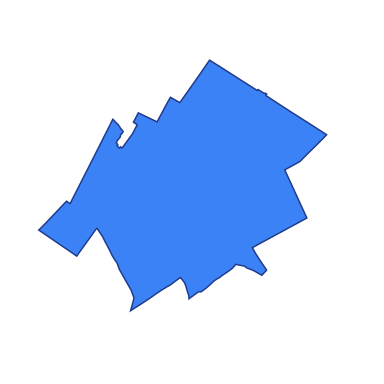 outline of Matca, Galati, Romania, rotated 130°
{"feature_id": "2599482B31737152321862", "entity_name": "Matca", "entity_type": "district", "adm_level": 2, "iso_a3": "ROU", "parent_name": "Romania", "parent_adm1": "Galati", "projection": "equal_earth", "projection_center": [27.578, 45.852], "detail": "fine", "context": "isolated", "style": "filled", "palette": "blue", "viewbox_px": 384, "rotation_deg": 130, "n_neighbors": 0, "source": "geoboundaries", "source_scale": "gbopen_adm2", "svg_char_len": 3091}
<svg xmlns="http://www.w3.org/2000/svg" viewBox="0 0 384 384"><g transform="rotate(130 192 192)"><path d="M322.4,162.7L320.9,162.3L310.2,158.9L305.3,157.5L304.7,157.3L303.1,156.8L300.0,155.9L297.7,155.3L292.4,153.9L286.3,152.1L283.6,151.2L279.7,149.9L278.9,149.4L276.4,148.7L274.8,148.3L272.3,147.7L271.7,147.6L271.0,147.5L268.8,146.9L266.9,146.4L265.0,145.9L265.1,145.7L265.1,145.2L265.2,144.8L265.2,144.5L265.4,143.7L265.5,142.9L265.5,142.7L265.6,142.3L265.7,142.0L265.9,141.3L266.1,140.1L266.5,139.1L267.0,138.2L267.1,137.9L267.3,137.3L267.8,136.7L268.2,135.9L269.0,134.9L269.2,134.6L269.3,134.2L269.7,133.9L270.0,133.3L270.4,132.6L271.0,131.9L271.6,130.9L272.2,129.8L272.5,129.3L272.9,128.7L273.7,127.6L274.3,127.0L274.8,126.5L275.2,125.9L275.6,125.6L274.3,125.4L273.6,125.2L272.8,125.0L271.4,124.6L269.8,124.3L267.2,123.6L266.0,123.4L265.3,123.2L264.4,122.7L263.7,122.3L263.3,122.0L263.1,121.7L263.0,121.4L262.9,121.1L262.7,120.9L261.9,120.6L261.2,120.5L260.3,120.3L257.9,119.7L257.5,119.6L256.3,119.3L255.4,119.2L253.4,118.9L252.7,118.8L252.4,118.7L251.6,118.6L250.0,118.4L245.9,117.9L244.3,117.5L240.9,116.4L240.1,116.0L239.6,115.7L239.1,115.7L238.8,115.8L238.5,115.7L237.5,115.5L235.8,115.0L233.5,114.4L231.3,113.7L229.7,113.3L227.8,112.8L224.9,112.1L223.3,112.0L220.2,111.9L219.4,112.1L218.6,110.6L216.9,107.5L215.5,105.0L215.3,104.6L215.0,103.9L215.0,103.2L215.0,102.5L215.0,101.6L214.8,101.0L214.5,99.9L214.1,98.8L213.8,97.8L213.6,97.3L213.4,97.1L213.4,96.8L213.2,96.2L212.9,95.4L212.8,94.8L212.5,93.8L212.2,92.2L212.0,91.2L211.8,89.8L211.5,88.3L211.2,86.6L211.1,86.2L211.0,85.9L211.0,85.5L211.0,85.0L210.0,85.0L209.1,84.9L206.7,84.8L205.6,84.7L204.1,84.6L203.9,84.6L203.7,85.1L203.5,85.7L203.4,86.2L203.2,86.7L202.0,91.3L200.6,96.1L198.3,103.5L195.8,110.0L178.2,103.1L138.1,87.3L115.4,135.2L99.5,129.0L89.2,128.1L66.9,126.0L61.6,125.7L64.5,148.8L66.8,165.8L68.5,179.6L69.9,191.4L70.6,197.2L70.5,197.6L69.7,197.7L69.0,197.7L69.2,199.4L69.7,199.5L70.0,200.0L70.4,202.5L71.0,207.2L72.3,207.4L73.2,214.2L74.8,226.1L77.3,245.6L79.7,263.3L83.0,263.0L98.8,261.5L102.3,261.2L127.3,259.1L131.4,258.9L133.3,269.4L138.3,268.5L143.3,267.5L160.7,263.8L165.9,284.0L168.5,283.4L176.2,281.7L175.7,277.3L176.1,277.1L185.9,275.0L203.0,273.8L203.4,275.8L204.9,275.6L205.0,276.0L204.9,277.1L204.8,278.4L204.6,279.2L203.6,279.1L202.8,281.7L200.7,282.2L199.7,282.2L196.2,282.3L195.0,282.9L194.0,283.6L192.1,283.2L190.7,283.4L189.8,283.7L189.4,286.2L188.9,288.5L188.6,289.1L188.2,290.8L187.9,291.6L187.5,296.7L187.2,297.9L187.2,299.4L219.9,291.7L279.3,277.9L279.7,282.2L306.6,283.9L308.9,284.0L319.7,284.9L318.8,276.1L317.2,259.9L315.3,240.5L315.2,239.1L312.5,239.3L311.9,239.4L304.5,239.9L303.8,240.0L291.2,240.9L282.4,241.6L281.0,241.6L280.9,241.3L281.4,239.4L283.6,232.0L286.0,226.5L286.3,225.7L287.4,222.9L290.3,216.0L291.6,213.2L292.1,212.0L293.6,207.6L294.4,204.4L295.2,202.6L297.8,198.3L298.8,195.8L298.9,195.4L299.9,192.8L303.5,183.3L306.2,175.8L309.8,169.4L310.7,168.2L318.0,164.7L319.2,164.2L321.6,163.1L322.0,162.9L322.4,162.7Z" fill="#3b82f6" stroke="#1e3a8a" stroke-width="1.5"/></g></svg>